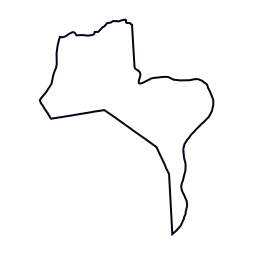 Aguacatán, Huehuetenango, Guatemala (orthographic projection), rotated 177°
{"feature_id": "79465075B67295913435518", "entity_name": "Aguacatán", "entity_type": "district", "adm_level": 2, "iso_a3": "GTM", "parent_name": "Guatemala", "parent_adm1": "Huehuetenango", "projection": "orthographic", "projection_center": [-91.279, 15.403], "detail": "fine", "context": "isolated", "style": "outline", "palette": "ink", "viewbox_px": 256, "rotation_deg": 177, "n_neighbors": 0, "source": "geoboundaries", "source_scale": "gbopen_adm2", "svg_char_len": 1965}
<svg xmlns="http://www.w3.org/2000/svg" viewBox="0 0 256 256"><g transform="rotate(177 128 128)"><path d="M204.3,141.3L182.3,143.6L180.0,143.9L163.2,145.8L161.1,146.1L157.9,146.4L150.7,147.1L140.2,139.1L121.3,123.9L110.9,115.8L100.5,107.4L98.2,101.5L97.4,99.6L94.2,91.9L93.7,90.7L91.9,85.5L91.1,83.7L90.5,82.4L89.9,81.1L89.4,79.5L89.3,19.7L85.3,22.8L80.5,27.7L77.9,32.6L77.0,34.2L76.7,35.8L75.0,39.1L74.8,41.2L73.1,46.9L73.0,49.1L73.3,52.2L74.3,54.8L75.2,57.4L76.5,60.4L77.4,62.6L78.0,66.4L77.6,68.4L77.3,69.6L76.7,71.0L75.9,72.7L74.9,76.1L72.9,82.6L72.5,86.6L72.4,89.2L73.6,95.7L73.9,102.3L73.7,104.8L72.4,109.0L69.6,112.9L67.4,115.4L64.8,118.5L62.4,120.6L60.4,122.7L54.6,128.0L51.7,130.2L49.6,132.2L46.7,134.9L43.4,140.3L41.6,146.6L41.4,151.8L43.9,159.3L46.0,164.1L46.5,166.1L46.6,167.1L51.9,171.5L55.5,173.1L58.7,173.3L63.8,172.5L73.3,172.8L80.0,173.9L84.9,176.7L87.1,177.1L92.4,177.1L96.0,176.8L99.2,176.7L100.7,176.5L102.1,176.3L110.5,172.5L112.0,172.0L112.9,171.8L113.5,171.8L114.3,171.9L114.7,172.2L114.8,172.8L114.9,173.8L114.7,175.0L114.0,176.7L113.0,179.3L112.9,181.9L113.4,183.2L114.7,184.7L117.5,186.7L117.9,187.3L118.1,187.9L118.3,189.0L118.6,230.9L119.8,231.8L120.2,232.2L120.6,232.7L123.0,232.8L123.6,233.0L124.1,233.3L124.4,233.6L124.6,234.0L124.2,235.0L124.3,235.7L124.7,236.0L125.0,236.3L125.4,236.3L127.7,236.1L131.6,235.0L137.3,235.6L139.6,234.2L142.9,233.9L143.7,233.5L146.3,230.7L148.1,230.0L148.9,229.1L150.1,228.0L152.6,225.6L156.2,225.6L156.8,223.9L157.9,222.9L162.9,222.3L167.9,223.1L171.1,223.3L173.8,223.1L174.4,223.2L174.9,223.6L175.2,224.1L175.8,225.5L177.2,226.5L178.3,226.6L180.2,225.9L182.3,224.8L185.8,222.7L188.5,222.0L191.2,222.5L192.3,219.7L194.0,213.9L195.4,206.5L195.8,195.9L196.3,193.2L196.7,191.9L197.4,190.5L198.2,188.8L199.9,184.5L202.1,176.1L207.6,168.4L210.9,164.8L212.9,162.7L214.6,160.5L213.8,157.6L211.7,154.4L210.5,151.9L207.2,146.6L205.4,143.0L204.3,141.3Z" fill="none" stroke="#020617" stroke-width="2"/></g></svg>